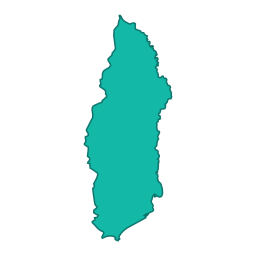 Aiguá, Maldonado, Uruguay
{"feature_id": "84410073B87742847582616", "entity_name": "Aiguá", "entity_type": "district", "adm_level": 2, "iso_a3": "URY", "parent_name": "Uruguay", "parent_adm1": "Maldonado", "projection": "orthographic", "projection_center": [-54.554, -34.619], "detail": "fine", "context": "isolated", "style": "filled", "palette": "teal", "viewbox_px": 256, "rotation_deg": 0, "n_neighbors": 0, "source": "geoboundaries", "source_scale": "gbopen_adm2", "svg_char_len": 5795}
<svg xmlns="http://www.w3.org/2000/svg" viewBox="0 0 256 256"><path d="M99.8,85.2L99.8,86.5L104.4,89.7L105.4,90.7L105.7,92.9L105.6,94.2L106.4,94.9L106.7,96.0L106.3,97.1L102.2,100.7L102.2,102.2L99.3,103.2L95.6,104.8L93.3,106.1L92.4,107.3L92.1,109.7L92.8,115.0L92.6,118.0L91.7,119.3L86.4,129.9L86.6,131.0L87.6,132.4L88.3,134.1L88.1,135.5L87.4,136.2L86.1,136.4L85.2,137.1L85.7,139.7L85.7,142.2L84.6,143.2L84.3,144.2L85.3,145.3L87.6,146.6L88.3,147.5L88.2,150.5L87.5,156.3L89.3,157.6L89.7,158.6L89.6,159.8L89.1,160.9L88.1,161.8L87.7,163.2L88.7,163.5L89.9,163.5L90.1,168.0L94.3,170.7L97.6,173.2L97.7,175.0L96.9,177.6L95.7,180.1L93.7,183.8L94.4,185.9L94.1,187.1L92.8,188.3L93.2,192.6L94.6,202.1L95.2,204.9L97.1,206.9L97.1,207.5L93.8,210.3L93.8,212.8L95.3,213.7L96.6,214.6L97.7,214.8L98.3,215.2L97.8,216.2L97.0,217.4L94.5,217.7L94.7,218.2L95.2,218.8L95.0,219.8L92.6,221.3L92.1,222.0L92.9,223.3L94.6,224.8L96.7,227.3L98.7,229.2L100.3,230.4L102.8,231.6L103.5,232.1L103.8,233.1L102.7,235.2L101.9,237.2L102.3,238.2L106.0,236.6L107.4,236.2L109.4,235.9L112.7,236.1L113.9,236.4L114.2,236.8L114.5,236.8L115.1,237.2L115.2,237.6L115.5,237.8L115.6,238.1L115.6,238.4L115.3,238.5L115.4,238.8L115.2,239.0L115.3,239.5L115.9,239.7L116.1,240.0L116.4,240.0L116.8,240.4L118.1,240.6L118.1,240.2L118.4,239.8L118.8,239.6L119.5,239.8L119.2,239.6L119.0,239.2L119.6,239.2L119.7,238.9L119.3,238.7L119.1,238.3L119.0,237.4L119.0,237.0L119.7,235.3L121.1,233.2L123.1,231.1L125.3,229.2L128.0,227.4L145.8,217.7L145.4,217.1L145.4,216.7L145.2,216.3L144.3,215.5L144.8,215.4L145.3,214.6L146.7,213.7L147.4,213.6L147.5,213.7L147.5,214.1L146.8,214.6L146.3,215.5L146.7,215.9L147.1,215.5L148.2,214.2L148.4,213.5L149.1,212.9L152.6,211.2L153.3,210.6L153.4,209.7L153.3,209.1L152.7,207.9L152.7,207.2L153.1,205.7L152.7,204.5L151.5,202.7L151.2,201.5L151.2,200.7L151.9,199.7L152.3,197.5L152.7,196.7L153.0,195.9L154.2,194.3L154.6,193.5L154.1,195.2L154.2,196.1L154.6,196.8L155.8,196.5L156.0,195.9L155.9,195.0L156.5,195.3L157.1,196.1L158.6,196.8L159.6,197.0L161.0,196.6L161.8,195.9L162.5,193.7L162.4,189.9L162.1,188.1L161.2,185.0L160.5,183.3L159.6,182.7L159.2,182.0L158.1,181.5L157.9,181.2L158.1,180.5L158.0,179.7L157.9,179.3L157.3,178.7L157.3,178.3L157.4,177.7L157.7,177.4L157.9,176.8L157.7,175.8L157.8,175.2L157.5,174.6L156.6,174.0L156.0,173.1L156.0,172.6L156.3,172.1L156.6,172.0L156.8,172.2L156.7,172.7L157.1,172.7L157.4,172.6L157.6,172.1L157.5,171.8L157.2,171.8L157.1,171.4L157.6,170.6L158.0,169.5L158.3,168.0L158.1,167.4L158.3,166.7L158.2,166.1L158.4,165.8L158.3,165.1L158.4,164.4L157.9,163.4L158.0,162.9L158.3,162.7L158.7,162.7L158.8,161.0L158.7,160.0L157.5,159.2L158.2,158.8L158.9,157.7L159.3,155.6L159.1,155.0L158.8,154.8L157.9,153.2L157.9,152.9L158.1,152.0L158.0,151.2L157.3,150.4L156.5,150.2L155.5,149.4L155.0,148.1L155.0,147.3L155.2,147.1L156.5,146.1L156.7,145.7L156.9,144.5L156.8,143.4L157.0,142.9L157.1,142.1L157.4,140.8L158.4,139.3L158.5,138.8L158.3,138.2L158.1,138.0L157.8,137.4L157.7,136.9L157.7,136.4L158.1,135.6L158.3,135.3L158.5,134.4L158.8,134.2L158.9,133.8L159.1,133.6L159.1,133.2L159.5,132.6L159.5,132.2L159.1,131.4L158.7,131.2L157.9,131.1L157.6,130.9L157.5,130.6L157.2,130.2L157.2,129.6L156.9,128.9L156.8,128.4L156.9,128.1L156.7,127.5L156.8,127.3L156.6,126.8L156.7,126.1L157.0,125.1L156.8,124.5L156.9,124.1L156.6,123.7L156.6,123.0L156.8,122.8L157.0,122.2L158.0,121.8L158.0,121.4L158.2,120.5L158.3,119.8L158.4,119.4L159.6,119.3L160.0,118.8L160.3,118.7L160.1,118.4L160.2,118.0L160.1,117.6L160.3,116.4L159.6,115.7L159.0,115.7L158.5,114.8L158.7,114.0L158.9,113.7L158.8,113.3L159.7,113.1L160.4,111.6L160.5,110.8L160.2,110.2L160.2,109.8L160.7,109.7L161.0,109.2L161.5,109.0L164.3,108.8L164.9,108.5L165.3,107.6L165.6,106.6L165.5,106.1L165.2,105.7L165.3,105.1L165.2,104.8L165.3,104.6L165.2,104.2L166.2,103.6L166.7,102.4L167.3,102.0L167.3,101.4L167.7,100.2L168.4,99.0L169.4,98.6L169.8,98.5L170.3,98.8L171.0,98.7L171.3,97.6L171.7,96.8L171.2,95.2L171.4,93.2L170.8,91.6L170.7,91.0L170.1,90.2L169.9,89.4L169.9,88.5L170.5,87.5L170.5,87.1L169.5,85.6L168.0,85.4L167.6,84.9L167.5,84.2L166.3,82.0L166.8,79.7L166.3,78.7L165.6,78.2L164.9,78.5L163.7,77.7L163.4,77.4L163.3,76.5L163.0,76.1L162.1,76.3L161.6,76.9L160.1,77.7L159.0,77.4L158.0,76.5L158.2,74.7L158.1,74.1L157.6,72.8L156.7,71.6L157.1,69.9L157.1,69.2L156.8,68.7L155.8,68.0L155.5,67.6L155.8,66.6L156.0,66.4L156.6,66.1L158.0,65.7L158.3,65.3L158.2,64.9L157.1,64.7L156.7,64.4L156.8,64.0L157.7,63.7L158.3,63.2L158.4,62.8L158.2,62.3L157.6,62.0L157.4,61.4L156.6,61.3L156.4,60.9L156.5,60.6L157.9,59.7L158.0,59.5L157.8,58.9L157.8,58.5L157.6,58.0L157.1,57.6L156.3,57.7L155.7,58.1L155.3,58.5L155.0,58.5L155.2,57.5L155.2,56.9L155.4,56.3L155.8,55.7L155.6,55.1L155.8,54.5L155.9,54.3L156.3,54.4L156.7,55.1L156.9,55.0L157.0,54.7L156.7,54.5L156.8,54.3L156.7,53.8L156.1,52.1L155.7,51.5L155.0,50.9L154.8,50.5L153.7,50.3L153.5,49.9L153.4,48.9L152.7,47.8L152.0,47.9L152.1,47.3L152.3,47.0L153.1,46.8L153.3,46.4L152.5,45.8L152.1,45.7L150.8,46.4L150.5,46.8L150.2,46.6L150.2,45.7L149.3,44.8L149.1,44.4L149.2,44.0L150.0,43.1L149.8,41.7L149.4,41.4L148.8,41.5L148.3,41.9L148.1,41.8L147.9,41.6L147.2,41.2L147.1,40.8L147.3,40.4L147.1,39.9L147.5,39.7L147.7,39.4L147.5,39.0L146.8,38.7L146.5,38.2L146.9,37.4L147.2,35.8L146.3,35.7L145.5,35.1L144.7,34.7L144.5,34.1L144.0,33.6L143.7,32.8L142.5,32.7L140.9,32.1L140.5,31.0L135.6,29.3L135.1,26.4L135.4,23.9L134.4,23.0L132.5,23.1L130.0,24.0L129.1,23.8L125.8,22.1L123.6,20.6L121.9,18.4L121.3,16.9L120.7,16.0L119.9,15.4L119.3,15.6L119.4,16.5L120.0,18.3L118.9,20.9L118.0,25.5L115.6,28.0L114.1,30.0L113.8,35.5L115.5,48.6L114.1,50.9L112.3,52.9L111.9,55.2L108.1,58.9L108.0,60.2L110.5,64.4L110.7,65.5L110.0,66.1L109.3,67.4L104.9,70.0L103.5,71.2L102.5,73.5L102.4,76.5L102.2,78.9L100.3,79.4L100.2,80.5L100.9,84.1L100.8,85.0L99.8,85.2Z" fill="#14b8a6" stroke="#0f766e" stroke-width="1.5"/></svg>